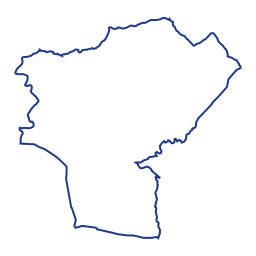 outline of San Melchor Betaza, Oaxaca, Mexico
{"feature_id": "50627088B57690214716715", "entity_name": "San Melchor Betaza", "entity_type": "district", "adm_level": 2, "iso_a3": "MEX", "parent_name": "Mexico", "parent_adm1": "Oaxaca", "projection": "orthographic", "projection_center": [-96.157, 17.242], "detail": "fine", "context": "isolated", "style": "outline", "palette": "blue", "viewbox_px": 256, "rotation_deg": 0, "n_neighbors": 0, "source": "geoboundaries", "source_scale": "gbopen_adm2", "svg_char_len": 4532}
<svg xmlns="http://www.w3.org/2000/svg" viewBox="0 0 256 256"><path d="M158.3,238.2L159.1,235.0L159.9,233.9L159.8,232.4L160.1,230.0L158.9,227.9L158.2,225.9L158.7,223.5L158.2,222.2L156.7,221.6L156.5,219.0L157.0,217.4L155.8,212.1L156.1,209.8L156.2,207.7L154.9,206.5L156.0,203.7L155.7,203.1L157.0,199.3L157.1,198.9L156.3,197.3L156.3,195.9L155.9,194.6L155.6,194.2L155.3,193.4L155.7,191.8L156.6,190.3L157.4,187.4L157.8,184.9L157.4,184.7L157.3,184.0L157.6,181.5L156.8,180.2L156.2,179.7L155.7,177.7L155.8,176.9L160.2,178.0L156.9,175.2L153.2,172.1L151.8,170.7L151.2,169.3L149.4,167.5L146.9,166.6L144.4,167.4L142.2,168.3L140.1,168.0L138.6,166.0L137.6,163.9L135.8,162.6L136.9,162.4L140.9,162.5L143.6,160.5L147.7,159.1L149.3,157.2L150.8,156.8L151.9,157.0L153.5,156.4L156.7,156.0L155.6,154.2L155.6,152.9L156.7,152.0L159.3,153.5L160.8,153.2L161.5,151.7L160.2,148.7L160.0,145.7L162.1,142.9L164.1,141.1L165.1,142.5L165.8,142.5L168.0,141.2L168.1,140.4L169.0,140.4L171.8,143.2L172.9,143.2L174.1,142.4L174.7,140.9L174.5,139.1L175.7,138.8L177.2,141.4L179.1,140.0L180.8,140.6L181.5,142.6L184.0,141.8L186.0,139.2L186.5,134.6L189.1,133.6L190.3,131.2L192.4,129.7L192.3,128.6L193.3,128.1L194.3,128.1L195.8,126.6L196.2,122.3L198.0,118.8L199.4,117.2L211.0,105.1L213.4,101.6L218.8,96.3L226.9,87.0L228.5,79.2L236.4,70.1L240.6,68.0L240.4,66.2L239.5,65.4L238.8,63.6L237.8,62.3L236.9,60.5L236.3,60.2L234.2,59.4L231.9,57.7L229.1,57.0L227.6,56.2L227.7,53.7L226.6,50.8L226.0,49.5L224.2,47.6L222.8,45.5L221.3,44.4L218.3,41.3L218.1,40.5L217.1,38.0L213.6,33.3L211.2,33.2L207.4,37.2L205.2,39.4L203.7,40.0L202.8,40.7L199.4,43.2L196.6,43.9L195.3,45.0L193.6,45.7L187.5,39.2L186.6,38.8L185.5,37.3L185.5,37.0L184.2,36.0L180.8,34.6L180.1,34.0L179.5,33.4L178.7,32.4L177.5,31.2L176.7,30.9L175.4,28.8L175.0,27.2L173.2,25.7L172.8,23.7L173.0,21.8L171.3,21.3L170.3,20.3L169.5,18.7L168.5,19.7L165.6,18.2L163.1,17.8L160.5,19.2L156.4,20.1L150.8,20.0L145.1,22.9L142.3,22.9L140.9,23.4L139.7,24.1L138.5,24.4L137.0,25.2L136.0,26.0L133.9,26.3L132.1,25.5L129.9,25.9L126.1,27.9L122.7,28.6L120.3,27.9L118.3,27.3L117.1,28.4L115.0,28.9L113.2,28.7L111.0,27.5L109.7,27.3L109.0,27.9L108.9,28.5L109.3,30.3L108.2,33.2L107.5,35.3L106.5,36.8L106.4,37.8L105.8,38.4L104.3,40.6L103.3,40.7L101.5,42.2L100.2,44.4L99.0,46.1L98.4,46.3L96.0,48.2L95.4,48.3L93.6,49.0L92.1,48.0L91.4,48.5L89.8,49.0L88.1,49.2L87.0,49.8L86.0,49.6L82.2,50.2L81.1,52.0L80.1,52.3L79.2,52.5L78.2,51.2L78.4,50.0L77.7,49.8L76.3,49.5L75.2,49.7L74.3,50.1L74.2,50.6L72.7,51.3L71.3,51.9L69.9,52.2L68.2,53.6L62.3,54.6L61.8,55.0L62.0,55.8L61.7,55.6L61.2,55.7L59.1,54.8L57.6,53.7L56.6,54.3L54.3,53.7L53.5,53.7L53.2,51.9L51.6,51.8L50.3,51.2L46.8,52.3L44.6,50.9L43.5,51.1L40.9,50.8L40.4,50.0L39.6,49.6L39.6,49.9L39.0,51.1L38.1,51.6L37.5,52.2L36.6,52.7L36.0,53.2L35.2,53.4L33.0,54.1L32.3,54.7L31.8,55.2L30.9,55.9L29.9,56.2L28.7,56.4L27.2,56.9L25.0,57.0L23.3,57.1L22.8,57.3L22.5,57.6L22.3,58.0L21.9,58.6L22.1,59.2L22.3,60.3L22.5,61.5L22.5,62.4L22.1,63.5L21.7,64.2L20.8,65.3L19.5,66.6L18.4,67.4L17.7,68.2L16.9,69.2L16.3,70.2L15.6,72.0L15.4,72.6L15.4,73.1L15.6,73.5L16.6,73.9L18.3,74.1L19.2,74.1L20.1,74.3L21.3,74.3L21.9,74.0L23.6,74.3L25.7,74.9L26.4,75.3L26.8,75.7L27.3,75.9L27.5,76.1L27.7,76.5L27.7,78.1L27.6,78.9L27.2,80.6L26.7,81.7L26.1,83.0L25.6,83.9L25.3,84.5L25.1,85.0L25.7,85.7L26.1,85.9L26.6,86.1L27.2,85.7L28.2,85.8L30.0,85.1L31.1,85.6L31.8,86.5L31.7,87.6L31.6,88.8L31.4,89.9L31.1,90.5L30.7,91.1L30.9,91.7L31.7,92.9L32.7,93.7L33.8,94.9L34.5,95.7L35.7,96.3L36.3,97.5L36.8,97.7L37.1,98.5L38.3,100.0L38.5,101.0L38.1,102.1L36.8,103.1L36.3,104.2L34.9,104.9L31.7,108.6L31.1,109.2L30.6,110.1L30.1,111.2L29.7,111.8L29.0,112.4L28.7,112.8L27.9,114.8L28.0,116.2L28.6,117.1L28.9,118.8L29.1,119.7L29.4,120.4L29.6,121.0L30.2,121.7L30.6,121.9L31.2,121.9L31.9,121.5L32.7,122.3L33.2,122.8L33.4,123.5L33.6,124.7L33.6,125.6L33.2,126.4L32.6,127.0L31.0,127.7L29.8,128.2L27.7,128.1L26.0,128.0L23.4,127.9L22.5,128.2L21.7,128.2L20.6,127.8L20.2,128.0L19.7,127.9L19.5,128.4L19.5,128.8L19.9,130.0L20.5,130.4L21.4,131.1L22.0,131.4L22.3,132.0L22.6,132.8L22.8,133.2L22.6,133.9L22.3,134.4L21.7,135.2L21.4,135.8L20.9,137.9L20.8,138.1L20.6,138.6L20.6,139.6L20.7,141.6L20.7,142.5L20.5,143.6L34.3,144.3L39.1,147.0L44.6,149.1L55.4,156.2L58.9,159.1L66.6,166.4L66.5,175.6L66.0,178.3L71.2,207.3L72.0,208.3L75.8,219.8L75.7,220.6L74.9,223.6L74.4,225.6L74.6,226.5L75.6,227.8L82.4,225.9L95.4,227.6L96.0,227.7L97.1,229.3L113.3,233.0L117.8,234.2L127.6,235.4L133.3,235.5L138.9,236.7L143.1,237.8L151.3,237.9L156.6,237.0L158.3,238.2Z" fill="none" stroke="#1e3a8a" stroke-width="2"/></svg>